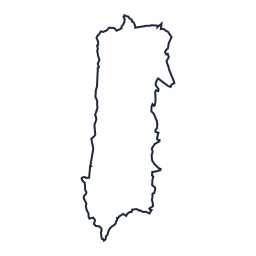 the district of Bayamón, Puerto Rico
{"feature_id": "32010507B22305202508705", "entity_name": "Bayamón", "entity_type": "district", "adm_level": 2, "iso_a3": "PRI", "parent_name": "Puerto Rico", "parent_adm1": "", "projection": "equal_earth", "projection_center": [-66.167, 18.345], "detail": "fine", "context": "isolated", "style": "outline", "palette": "slate", "viewbox_px": 256, "rotation_deg": 0, "n_neighbors": 0, "source": "geoboundaries", "source_scale": "gbopen_adm2", "svg_char_len": 2618}
<svg xmlns="http://www.w3.org/2000/svg" viewBox="0 0 256 256"><path d="M90.2,165.8L89.1,177.7L86.0,177.9L84.7,177.0L82.1,177.6L81.6,178.5L82.2,180.4L83.9,182.1L84.8,182.8L85.2,190.0L86.4,192.2L85.8,194.3L84.1,195.7L83.7,198.0L85.5,201.8L86.4,203.6L85.8,206.2L86.8,210.4L88.5,213.4L88.6,217.0L88.9,217.3L89.4,218.6L93.2,217.6L95.0,220.1L94.0,224.1L95.8,226.0L99.4,226.4L101.4,228.5L101.6,230.8L100.9,232.0L101.3,236.2L101.9,238.8L103.3,239.2L103.9,240.6L105.4,239.4L105.8,238.2L105.9,236.5L107.4,234.9L108.7,230.4L110.1,228.2L112.6,225.9L114.4,225.0L115.7,223.3L116.2,221.2L117.2,220.1L117.1,217.9L118.4,217.8L118.9,216.6L121.4,215.1L123.0,213.9L126.2,215.9L127.3,213.7L129.9,212.0L131.5,212.0L132.2,209.6L136.8,209.1L139.1,210.6L140.0,210.2L142.6,211.9L146.3,211.9L149.5,213.5L151.6,210.0L149.8,209.6L149.3,208.5L153.0,206.2L152.8,203.2L151.9,199.9L152.5,196.5L152.5,193.7L154.2,193.1L155.1,189.7L155.2,188.8L154.9,187.3L153.1,186.0L152.1,185.0L152.5,179.5L153.3,176.6L152.0,175.5L152.3,171.9L155.9,171.5L160.4,170.1L160.7,169.0L158.7,168.2L154.1,163.7L152.8,161.5L152.0,160.0L151.7,154.8L152.7,151.9L151.8,148.6L153.9,145.3L154.5,144.2L156.7,142.9L159.4,141.3L159.6,140.2L157.2,139.4L157.1,138.0L158.4,132.7L155.6,132.0L155.4,130.2L157.0,128.0L157.3,124.2L156.9,121.3L153.9,114.0L151.4,111.4L151.4,110.3L151.5,106.7L152.5,104.1L154.0,105.9L154.7,105.3L155.4,102.3L155.5,98.3L155.2,92.1L156.0,90.3L158.2,91.1L158.6,89.2L155.8,85.5L155.8,82.7L156.3,81.4L158.0,78.5L158.5,78.6L161.9,81.4L165.5,84.1L168.3,86.1L170.6,86.9L171.5,84.6L174.4,83.1L173.2,79.5L171.6,75.9L169.1,69.6L168.3,66.3L167.6,64.6L167.1,63.0L166.5,61.2L168.8,57.1L167.7,53.8L166.3,54.5L165.0,52.3L165.9,50.3L168.0,48.2L168.7,43.3L171.5,37.1L167.8,31.6L165.5,30.5L163.6,28.9L160.8,29.1L161.5,23.7L157.5,27.1L157.7,25.7L152.7,25.3L151.7,25.2L149.4,25.8L146.4,25.8L138.2,27.2L136.3,27.5L135.2,27.7L135.3,26.3L133.7,22.5L132.0,21.5L131.9,19.9L128.9,17.9L128.4,16.6L125.7,16.0L124.5,15.4L124.5,15.7L123.5,16.8L124.7,19.1L124.3,22.3L122.9,24.9L121.4,26.8L121.4,27.7L121.5,28.4L116.7,30.7L114.1,28.0L109.1,27.7L107.0,30.1L106.9,30.3L103.7,31.7L103.3,31.9L100.8,31.4L99.9,33.0L98.4,35.1L97.7,35.4L96.5,37.8L98.0,41.4L98.2,44.6L97.1,45.5L97.9,48.9L97.2,50.6L98.1,55.8L99.4,59.9L97.7,63.9L99.0,67.0L97.7,68.0L97.8,69.9L97.5,74.4L97.5,75.0L97.0,86.4L95.6,91.2L95.9,91.8L95.8,92.6L95.4,96.6L96.7,99.9L97.2,101.3L97.2,105.4L97.5,108.0L95.3,114.4L95.1,115.2L95.2,115.4L95.9,116.6L96.3,119.5L94.4,125.1L95.3,134.6L94.0,136.6L93.0,137.3L91.3,138.8L93.0,147.2L93.3,148.8L92.4,154.0L90.5,165.2L90.9,165.9L90.2,165.8Z" fill="none" stroke="#1e293b" stroke-width="2"/></svg>